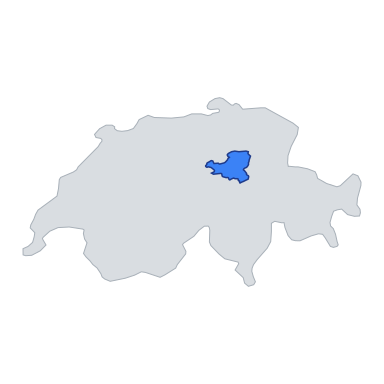 Switzerland, with Schwyz highlighted
{"feature_id": "CHE-173", "entity_name": "Schwyz", "entity_type": "Canton", "adm_level": 1, "iso_a3": "CHE", "parent_name": "Switzerland", "parent_adm1": "", "projection": "equal_earth", "projection_center": [8.712, 47.055], "detail": "fine", "context": "in_parent", "style": "filled", "palette": "blue", "viewbox_px": 384, "rotation_deg": 0, "n_neighbors": 0, "source": "natural_earth", "source_scale": "10m", "svg_char_len": 3939}
<svg xmlns="http://www.w3.org/2000/svg" viewBox="0 0 384 384"><path d="M290.8,121.9L293.0,123.1L298.4,127.4L297.2,134.6L291.2,146.3L288.0,155.7L287.6,163.0L288.3,166.4L289.4,166.3L295.2,166.9L298.2,166.9L307.6,168.8L315.1,171.7L316.6,174.7L317.6,178.4L326.6,183.5L336.9,186.8L340.3,185.7L353.0,173.9L357.9,175.8L361.0,182.1L360.9,185.5L357.5,198.1L356.9,204.9L360.0,209.3L360.4,212.8L359.5,216.0L354.4,216.3L347.6,214.6L341.7,209.1L337.4,209.8L333.6,211.2L331.7,216.3L330.0,222.5L330.6,226.0L333.3,228.6L335.5,234.2L337.1,241.5L338.2,244.9L337.0,246.4L333.4,247.4L330.4,246.4L325.1,237.7L322.6,234.3L318.5,233.8L311.2,235.9L300.0,240.8L295.5,240.7L291.7,239.8L288.1,235.6L285.0,227.6L284.0,222.6L281.9,222.8L274.7,221.3L271.4,223.3L271.4,231.5L270.7,241.6L267.2,248.2L257.2,259.6L253.5,264.6L252.1,268.2L251.8,271.3L253.3,276.7L255.4,281.8L253.7,284.7L248.4,286.3L244.6,283.1L243.2,277.6L235.1,270.0L238.7,263.7L238.1,262.1L224.8,258.8L219.0,254.0L210.9,245.6L209.4,242.0L209.8,230.3L209.3,227.5L208.2,226.1L204.3,226.2L198.9,230.3L193.9,236.3L183.6,243.2L182.5,244.6L185.9,251.3L185.7,253.9L177.3,264.6L175.7,268.1L165.0,274.8L160.1,277.3L145.4,272.4L141.3,271.8L134.7,275.1L125.3,278.2L110.2,281.3L104.7,279.0L102.1,276.9L100.9,273.7L97.1,268.0L92.9,264.6L90.0,260.9L86.0,256.9L83.5,253.5L87.0,242.8L84.6,239.0L83.4,233.6L84.1,230.0L82.8,229.1L69.2,227.0L58.0,227.6L49.8,231.2L43.2,237.2L42.4,238.5L42.8,239.5L46.0,245.0L40.3,250.8L31.7,255.3L25.7,255.7L23.1,254.9L23.0,248.7L28.1,246.4L32.6,242.4L34.2,236.7L34.8,232.7L30.2,227.9L30.8,224.9L33.8,219.3L35.6,214.4L38.0,210.1L47.5,203.1L57.0,196.1L58.5,188.6L59.3,179.6L60.7,177.4L73.4,172.0L76.6,169.8L78.2,166.8L88.3,156.6L98.2,146.6L100.2,143.2L101.9,141.3L101.9,139.6L100.7,138.4L96.0,137.5L94.5,134.4L99.6,128.7L106.0,125.2L112.2,125.2L114.7,126.8L114.5,128.6L117.2,130.7L121.9,131.3L127.7,130.6L133.4,128.5L137.0,123.5L139.1,119.6L148.1,115.3L154.3,117.5L171.4,118.1L183.9,116.9L191.7,113.9L201.4,113.9L207.9,115.6L209.0,115.3L210.8,114.9L212.6,113.4L218.7,112.3L219.5,111.0L219.2,109.6L218.1,108.9L210.6,109.6L207.8,108.6L207.0,106.2L209.4,102.0L215.0,98.6L219.7,97.7L223.0,98.6L231.3,105.0L233.3,105.2L234.4,104.0L236.1,103.4L239.0,104.6L242.2,108.6L242.7,109.2L261.1,107.8L265.2,107.8L277.7,114.7L290.8,121.9Z" fill="#d9dde1" stroke="#a8b0b8" stroke-width="1"/><path d="M226.1,177.6L225.6,177.5L224.0,177.0L223.3,176.9L222.9,176.7L222.3,176.3L222.0,175.4L221.8,174.1L221.6,173.7L221.3,173.6L221.0,173.4L218.8,173.6L213.4,174.2L211.5,173.1L214.0,171.9L214.3,171.4L214.5,170.7L214.3,170.2L214.0,169.8L211.1,167.5L208.1,166.8L207.0,167.3L206.2,166.9L205.7,166.4L205.6,165.9L205.7,165.6L206.4,164.9L206.7,164.6L206.8,164.2L206.8,163.7L206.9,163.4L207.1,163.0L207.5,162.7L209.8,161.5L210.6,160.9L211.4,160.6L211.9,160.8L212.7,160.9L214.0,163.5L217.9,163.2L218.3,163.2L218.6,163.4L219.2,164.0L219.8,164.0L220.7,163.8L222.5,163.3L223.5,163.1L224.5,162.7L225.3,162.2L227.4,159.9L228.0,158.5L229.3,157.3L227.9,156.4L227.8,155.9L227.4,155.4L227.3,155.2L227.3,154.9L227.3,154.7L227.5,154.4L227.9,153.9L228.6,153.3L231.6,151.7L234.8,151.1L238.9,151.7L246.0,151.1L248.3,151.7L248.1,152.7L248.0,153.3L248.0,153.5L248.5,154.3L250.5,156.1L249.1,160.2L249.1,160.7L248.9,161.8L248.7,162.2L248.4,162.7L248.5,164.0L248.5,164.6L247.7,166.0L247.1,166.8L246.5,167.4L244.6,168.2L243.8,168.8L243.4,169.8L244.5,170.7L246.6,173.4L246.6,173.5L246.4,173.9L246.4,174.1L246.7,174.7L247.1,175.0L248.3,175.7L248.6,176.2L248.7,176.8L248.4,178.1L248.1,179.2L246.5,179.9L243.1,181.6L242.7,181.7L240.9,182.5L240.4,182.9L240.0,183.0L239.8,182.8L239.6,182.3L239.5,181.2L239.3,180.9L238.9,180.9L238.4,180.5L238.2,180.1L238.2,179.7L238.2,179.2L238.0,178.9L237.5,178.7L235.3,178.7L234.7,178.6L234.2,178.3L233.8,178.1L233.2,178.2L232.3,178.6L231.8,178.8L231.1,179.1L230.3,179.7L229.8,179.9L229.3,179.7L228.8,179.0L228.4,177.9L228.2,177.7L227.8,177.5L226.1,177.6Z" fill="#3b82f6" stroke="#1e3a8a" stroke-width="1.5"/></svg>